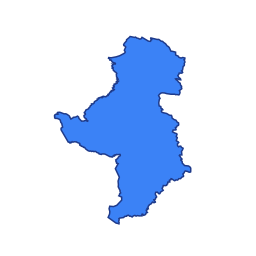 Gachoka, Eastern, Kenya (Equal Earth projection), rotated 289°
{"feature_id": "3690345B9660706705639", "entity_name": "Gachoka", "entity_type": "district", "adm_level": 2, "iso_a3": "KEN", "parent_name": "Kenya", "parent_adm1": "Eastern", "projection": "equal_earth", "projection_center": [37.603, -0.727], "detail": "fine", "context": "isolated", "style": "filled", "palette": "blue", "viewbox_px": 256, "rotation_deg": 289, "n_neighbors": 0, "source": "geoboundaries", "source_scale": "gbopen_adm2", "svg_char_len": 5847}
<svg xmlns="http://www.w3.org/2000/svg" viewBox="0 0 256 256"><g transform="rotate(289 128 128)"><path d="M215.2,100.2L214.1,99.8L211.0,97.9L209.8,98.2L207.0,97.0L205.5,96.7L204.6,97.2L204.6,98.0L203.8,99.5L200.3,99.2L199.0,100.7L197.7,100.4L193.7,96.7L191.4,93.6L188.9,89.2L188.3,86.8L187.6,86.9L187.7,87.2L186.8,88.6L186.3,88.8L186.7,90.0L185.2,91.7L185.1,94.9L184.9,95.1L184.4,95.2L183.4,92.6L183.1,93.4L181.4,92.5L181.1,93.3L180.5,93.4L180.2,94.1L179.6,93.5L179.5,92.8L179.2,94.6L177.7,95.4L177.4,96.5L177.0,96.9L176.7,98.5L176.1,99.5L175.8,99.7L175.2,99.4L172.5,100.6L172.3,101.4L171.6,101.4L171.5,102.0L171.3,101.9L170.9,102.5L170.5,101.9L170.2,102.8L168.1,102.0L168.7,103.5L167.4,102.9L166.8,103.1L166.5,102.4L165.8,102.2L165.6,101.4L165.1,101.4L164.8,100.7L164.3,101.1L163.5,100.5L163.1,100.5L162.7,101.4L162.4,101.3L162.4,100.9L161.8,101.4L160.8,100.3L160.1,101.3L160.0,102.6L159.8,102.6L159.7,102.2L158.7,101.8L158.9,101.4L158.8,101.1L158.2,101.0L158.0,100.2L157.7,100.3L157.6,100.7L156.6,100.2L156.8,99.7L155.0,99.1L154.1,99.2L153.6,98.3L153.0,98.1L152.5,98.7L152.2,98.6L151.7,97.7L150.3,96.9L150.2,95.7L149.7,95.0L150.0,94.5L149.9,94.2L149.5,93.7L149.2,94.2L148.7,93.7L148.2,93.6L148.4,92.8L148.0,92.5L148.1,92.1L147.5,91.3L146.9,91.1L146.8,90.3L145.8,90.6L145.4,89.5L144.4,89.8L142.0,87.7L140.7,87.9L139.9,87.2L139.4,87.1L138.9,85.6L137.7,86.0L136.6,85.1L135.6,85.2L134.4,84.5L133.4,84.5L131.3,82.3L129.5,82.2L128.5,81.6L127.9,82.0L127.8,82.9L127.0,83.3L125.5,82.3L125.0,82.5L124.2,82.9L123.5,83.8L123.2,85.4L122.0,86.4L121.6,87.7L121.2,87.5L121.4,85.2L120.2,84.0L119.4,81.8L121.1,78.5L122.3,77.7L122.8,76.4L121.2,74.8L120.3,72.8L119.7,72.7L117.9,71.1L118.6,70.5L119.0,69.6L119.9,69.1L120.4,68.3L121.0,66.2L121.2,64.7L120.6,62.9L120.7,58.4L119.9,56.5L119.1,56.2L118.4,57.4L118.0,56.9L117.6,55.4L116.7,54.6L115.4,54.5L114.9,55.1L113.8,55.3L113.4,56.0L114.0,58.0L113.9,60.0L113.4,61.4L111.5,62.6L110.8,63.8L107.5,65.9L106.0,64.8L104.5,65.3L95.2,76.1L95.5,76.9L94.9,78.0L95.2,78.5L95.4,78.4L95.4,78.9L95.8,79.0L96.0,78.8L96.3,79.4L96.8,79.6L96.6,79.9L96.8,80.7L97.5,81.7L98.1,83.9L97.8,84.5L97.7,87.3L97.1,87.8L96.4,87.7L96.0,88.2L96.0,89.3L95.6,89.8L95.7,91.4L95.2,92.3L95.5,92.9L95.4,93.5L94.5,94.6L93.6,97.3L93.5,98.9L94.1,100.2L93.9,101.1L94.4,101.8L94.7,103.1L94.5,103.5L95.2,104.5L95.2,105.3L94.7,106.6L94.7,108.6L94.1,109.0L94.3,111.4L94.8,111.6L95.1,112.2L95.7,114.0L95.8,115.0L95.0,120.4L95.4,121.5L95.3,122.3L95.6,122.9L96.9,123.1L96.9,124.0L97.1,124.3L98.0,123.9L98.6,124.9L98.4,125.3L99.3,125.8L99.6,127.4L100.2,128.3L100.4,129.2L99.4,129.7L97.4,128.4L95.9,128.2L93.8,126.8L93.3,127.3L92.2,127.6L92.0,128.4L91.0,128.7L91.1,130.3L85.4,129.3L78.7,135.8L74.6,135.9L71.2,137.4L69.2,137.9L66.1,141.0L65.2,141.2L64.2,142.2L63.0,141.5L61.7,141.7L60.9,141.4L60.6,144.5L57.7,145.5L51.3,142.6L49.0,139.9L48.1,136.2L45.5,136.4L43.1,138.0L40.6,138.6L37.0,138.3L34.2,147.6L34.5,149.9L34.4,150.6L35.5,150.5L36.9,149.5L38.2,149.6L39.4,148.9L40.2,149.6L41.9,153.0L43.4,153.7L44.1,155.4L44.7,155.4L45.6,156.6L45.6,157.2L45.1,158.1L45.5,158.9L45.2,160.9L46.7,161.7L47.6,163.0L47.3,164.3L48.3,165.5L48.5,167.1L49.5,169.8L50.7,169.3L51.2,169.4L51.3,170.2L50.7,170.6L50.5,171.2L51.5,172.4L52.3,172.8L53.6,172.8L54.4,173.8L55.1,172.8L56.2,172.0L57.1,172.9L57.9,172.2L58.3,172.3L58.4,173.4L59.4,172.8L60.7,172.6L61.6,173.1L62.3,173.1L64.0,174.7L65.9,175.2L66.1,175.9L65.8,176.5L65.8,176.9L66.8,178.0L67.2,177.8L68.3,176.0L68.6,175.8L69.2,176.8L70.0,177.1L71.1,176.9L71.9,177.5L72.5,177.3L73.8,175.7L75.2,175.1L76.3,175.2L76.9,176.7L75.9,178.4L76.0,179.1L76.4,179.5L78.1,179.7L80.5,181.6L82.0,179.9L83.7,180.2L85.1,180.1L85.7,182.2L86.4,183.2L87.1,183.0L88.2,183.7L89.7,183.2L90.6,185.1L91.2,184.8L91.5,184.3L92.2,184.2L93.0,185.4L94.1,185.2L94.2,185.7L93.3,189.1L93.7,189.7L94.6,190.3L94.8,191.6L95.1,192.0L96.6,192.5L97.2,194.2L99.0,194.9L100.2,196.2L100.7,196.2L102.4,194.9L104.0,195.7L105.1,195.7L106.0,196.1L106.3,198.5L106.1,199.6L106.3,200.8L106.8,201.5L107.5,201.4L110.2,200.5L111.1,199.8L111.8,197.7L110.9,193.6L111.6,192.6L112.4,190.8L114.1,190.0L114.6,188.6L115.2,188.4L115.8,189.2L116.4,189.0L117.0,187.6L117.8,186.9L118.6,185.5L119.3,185.6L120.1,187.7L123.3,186.2L125.2,186.7L126.8,186.7L127.1,184.8L128.0,183.8L127.7,182.9L126.7,182.0L127.3,180.7L129.1,179.9L130.8,180.7L131.3,179.9L131.6,178.0L132.0,177.7L134.8,177.8L135.1,177.6L135.3,176.7L135.6,176.4L138.1,176.4L138.5,175.8L138.5,173.7L138.9,171.3L140.7,171.3L141.8,173.9L142.1,174.0L143.9,172.7L144.6,173.6L145.9,173.7L146.9,174.8L147.6,174.9L148.3,174.4L149.1,174.3L149.4,174.0L149.5,172.7L151.0,170.8L151.0,168.6L151.9,166.3L153.0,165.9L154.1,165.0L153.6,163.1L154.3,159.8L153.9,156.1L154.1,154.6L154.6,154.1L155.7,153.9L156.6,155.0L157.3,154.0L157.3,152.9L159.0,152.0L159.0,150.3L161.7,148.9L165.4,148.3L166.3,148.7L168.7,146.3L170.5,147.0L171.8,147.9L172.4,148.9L173.0,151.1L173.1,153.4L173.9,157.6L175.2,161.3L175.0,162.2L175.6,163.4L175.8,165.2L176.2,165.6L178.3,165.7L179.3,165.2L180.0,164.4L182.5,166.0L183.2,165.9L183.8,165.1L184.9,165.1L185.8,163.6L187.3,162.8L188.0,160.5L188.8,159.7L189.4,157.7L189.9,157.0L190.4,157.9L190.6,159.1L190.5,161.4L190.7,162.2L191.3,161.9L191.9,161.1L192.3,159.6L193.9,158.0L195.4,158.6L196.6,158.5L197.4,161.0L198.3,161.6L199.0,161.0L199.4,160.0L200.6,160.7L204.2,160.1L205.2,160.8L206.0,160.8L207.5,160.1L208.8,160.4L209.7,159.9L210.8,158.7L211.6,159.3L212.7,159.0L212.5,156.8L211.4,155.4L211.4,153.1L212.3,152.1L212.5,149.5L212.7,149.2L215.2,148.3L215.0,145.2L214.6,143.6L217.5,140.8L218.1,139.7L218.4,138.2L219.9,136.1L220.5,133.9L221.2,132.5L220.9,131.1L221.8,128.3L221.2,126.7L220.6,120.3L220.1,120.3L219.6,121.6L219.3,121.7L218.6,120.9L217.8,121.2L217.1,120.8L216.8,118.9L218.3,111.7L216.6,111.3L215.9,110.2L216.1,108.1L215.9,107.2L216.4,105.5L215.8,104.7L215.2,100.2Z" fill="#3b82f6" stroke="#1e3a8a" stroke-width="1.5"/></g></svg>